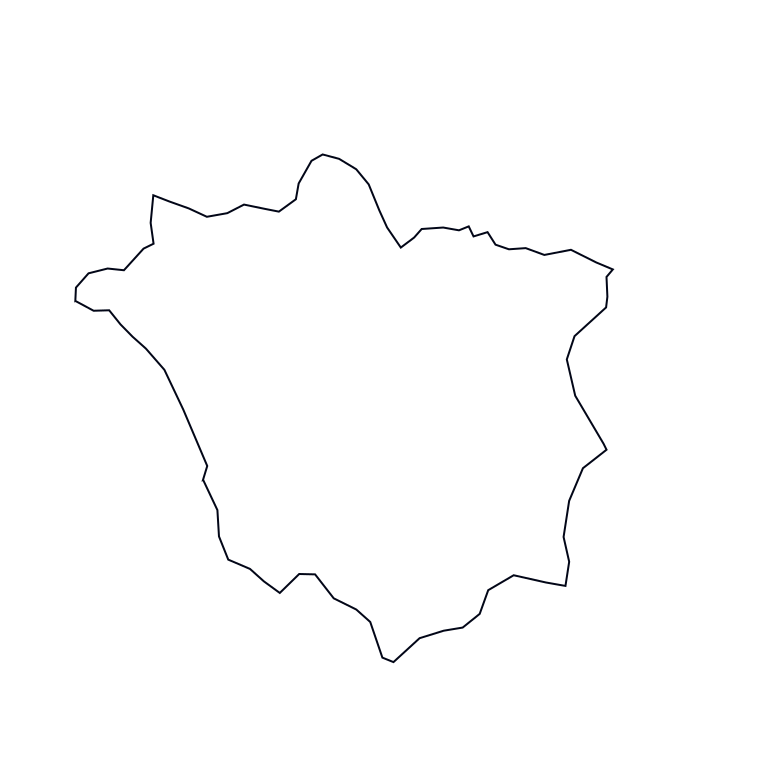 the district of Vaggeryd, Jönköping, Sweden, rotated 338°
{"feature_id": "70781695B19954774542686", "entity_name": "Vaggeryd", "entity_type": "district", "adm_level": 2, "iso_a3": "SWE", "parent_name": "Sweden", "parent_adm1": "Jönköping", "projection": "orthographic", "projection_center": [14.158, 57.502], "detail": "fine", "context": "isolated", "style": "outline", "palette": "ink", "viewbox_px": 768, "rotation_deg": 338, "n_neighbors": 0, "source": "geoboundaries", "source_scale": "gbopen_adm2", "svg_char_len": 1198}
<svg xmlns="http://www.w3.org/2000/svg" viewBox="0 0 768 768"><g transform="rotate(338 384 384)"><path d="M565.7,528.3L565.2,521.7L556.9,466.5L562.7,429.7L578.6,411.0L618.6,396.2L623.8,386.8L630.4,368.1L639.1,363.5L626.3,350.8L607.6,329.6L581.0,324.4L566.3,311.1L550.3,305.9L539.6,296.6L536.9,282.0L522.3,280.7L521.6,269.6L511.1,269.6L497.5,261.1L477.0,254.4L466.8,259.5L450.7,263.8L445.5,240.0L444.7,221.2L444.6,193.2L438.7,174.5L426.7,158.4L413.1,148.2L400.4,149.9L380.0,166.1L371.5,179.7L351.1,184.8L339.3,177.1L321.4,165.2L302.7,166.9L282.4,162.6L268.8,148.1L253.5,134.5L240.8,122.6L228.0,147.2L222.9,167.6L211.8,168.4L185.5,181.1L171.0,173.4L151.5,170.7L134.5,179.2L128.9,191.4L129.0,191.4L142.2,207.3L156.8,212.7L162.0,230.0L168.6,246.0L176.5,262.0L185.7,288.6L188.3,332.5L189.4,393.8L180.2,405.2L180.4,405.2L182.3,438.5L173.9,463.5L173.8,488.5L190.5,505.3L198.7,522.0L209.1,538.7L234.2,528.4L248.8,534.7L257.1,563.9L273.8,582.7L282.1,599.5L280.0,637.1L288.6,645.4L321.8,633.0L346.9,635.1L365.7,639.3L386.6,633.0L403.4,614.2L432.6,609.9L459.8,628.7L476.6,639.2L489.1,618.2L493.2,593.1L511.9,561.7L536.9,536.6L556.4,531.0L565.7,528.3Z" fill="none" stroke="#020617" stroke-width="2"/></g></svg>